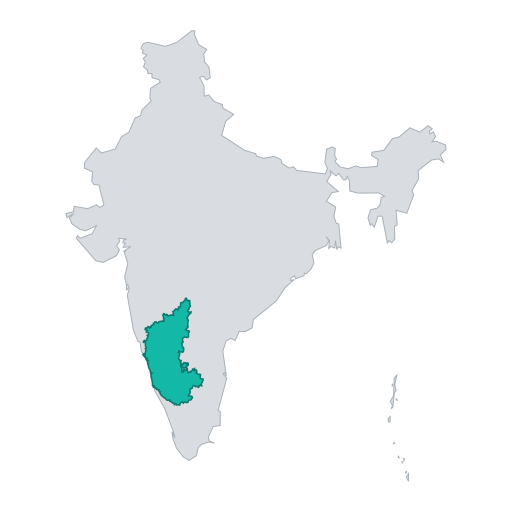 Karnataka on a map of India (Natural Earth projection)
{"feature_id": "IND-2446", "entity_name": "Karnataka", "entity_type": "State", "adm_level": 1, "iso_a3": "IND", "parent_name": "India", "parent_adm1": "", "projection": "natural_earth1", "projection_center": [76.378, 15.043], "detail": "fine", "context": "in_parent", "style": "filled", "palette": "teal", "viewbox_px": 512, "rotation_deg": 0, "n_neighbors": 0, "source": "natural_earth", "source_scale": "10m", "svg_char_len": 9697}
<svg xmlns="http://www.w3.org/2000/svg" viewBox="0 0 512 512"><path d="M66.0,213.5L73.4,211.8L74.2,206.3L87.6,208.7L96.6,204.8L99.6,207.5L103.9,205.0L98.9,185.1L93.9,184.5L91.8,181.3L92.6,171.9L84.3,168.2L84.8,162.2L96.2,148.0L101.3,153.0L115.3,149.0L121.5,136.6L128.8,132.3L135.1,118.0L140.7,115.5L141.8,110.2L151.3,100.8L149.9,98.4L150.4,88.4L160.3,82.2L159.1,79.7L152.1,77.8L151.9,73.7L147.9,73.5L147.3,70.0L143.5,66.9L145.4,61.9L143.2,58.6L146.7,55.0L142.3,53.0L143.2,50.5L140.9,48.2L143.1,43.9L147.4,42.2L165.3,46.3L176.6,42.6L191.8,30.7L194.9,31.0L194.5,34.6L198.6,44.7L206.8,49.4L203.7,54.0L204.7,62.0L209.0,67.2L210.2,77.7L206.4,80.0L203.5,76.2L199.6,77.4L204.0,86.2L204.2,96.2L208.9,95.0L213.9,101.4L222.4,104.6L222.9,108.1L233.6,114.4L225.8,121.2L221.6,135.4L244.9,150.5L255.7,153.6L256.4,156.0L263.7,158.3L274.1,156.4L280.9,159.5L282.0,163.5L289.3,168.1L293.5,166.7L296.6,170.4L325.3,173.9L327.4,168.5L324.9,162.0L326.6,149.2L332.2,147.0L335.2,148.3L334.7,156.0L336.6,159.2L334.7,161.4L340.2,167.0L348.2,168.8L355.7,165.9L360.9,167.7L377.3,166.4L378.1,159.6L371.6,155.4L372.0,152.2L383.8,150.3L392.5,138.5L399.1,137.0L409.8,127.8L419.9,132.1L428.0,125.7L432.3,128.8L429.4,131.4L429.7,133.9L433.5,131.9L435.6,136.4L432.0,142.0L436.1,141.2L445.6,145.0L446.0,149.4L440.3,154.9L443.6,162.3L438.6,158.9L431.6,160.0L418.2,170.5L418.6,179.2L411.9,190.5L413.7,194.8L406.8,213.2L396.1,210.3L397.1,224.9L394.5,226.5L394.8,239.0L391.7,242.8L389.1,240.6L387.3,243.0L382.2,216.2L378.0,216.2L374.3,227.3L371.7,223.8L370.2,225.3L368.0,217.8L370.4,209.8L377.1,208.2L379.9,204.9L381.3,197.4L384.4,196.4L378.8,192.9L357.8,193.1L349.8,191.0L349.4,180.8L347.3,176.5L345.8,179.8L343.4,179.8L338.7,173.4L336.2,175.9L330.1,171.0L331.1,174.1L326.7,181.6L338.3,191.5L331.8,192.6L326.4,201.4L335.7,207.0L333.9,216.4L336.1,223.0L338.8,224.0L341.0,248.1L338.4,246.7L336.9,249.2L335.4,240.7L334.8,248.0L330.8,246.5L328.7,248.4L329.5,240.5L326.1,236.8L329.0,240.8L326.4,245.4L315.3,250.5L312.2,254.6L313.9,263.1L311.0,269.1L306.1,273.9L304.4,273.2L304.0,275.7L295.6,278.8L294.6,275.8L291.2,277.8L290.4,280.4L293.8,279.9L285.1,287.7L276.4,300.8L253.4,319.5L252.1,327.9L245.5,331.5L239.2,331.4L235.1,340.5L230.7,338.3L226.0,341.2L222.8,351.2L226.3,376.0L224.3,372.5L223.1,374.1L226.8,378.0L218.2,410.0L220.3,411.8L220.2,425.5L213.2,426.5L208.2,437.3L209.3,440.9L214.6,443.1L208.7,441.9L201.3,444.5L198.2,447.8L196.4,455.7L189.1,460.5L183.1,456.8L176.2,447.6L173.1,439.1L172.0,431.6L174.9,437.8L173.4,431.7L165.0,409.2L154.6,390.4L147.2,360.2L141.4,351.2L139.9,342.0L137.8,341.2L133.3,329.5L127.3,295.3L129.1,289.4L128.7,287.3L126.8,290.1L126.4,288.5L126.5,285.0L128.9,285.4L126.2,284.0L124.7,276.7L127.8,263.5L124.3,252.5L125.7,251.0L124.1,251.1L130.7,246.6L123.2,247.4L125.3,243.1L123.0,243.0L123.4,240.2L126.8,239.0L118.5,238.4L119.7,241.3L116.6,245.4L119.4,250.0L116.2,255.9L103.1,262.4L96.0,260.9L76.2,238.1L77.3,235.8L80.3,238.2L92.2,233.7L96.4,225.6L85.5,230.8L79.8,229.3L72.1,224.0L69.3,218.0L74.0,213.6L66.9,217.6L66.0,213.5ZM392.9,406.5L390.3,401.2L393.6,395.7L394.2,378.0L396.9,375.1L394.7,384.5L396.2,390.8L394.5,392.4L392.9,406.5ZM408.5,473.7L408.6,481.3L406.3,477.1L408.5,473.7ZM390.1,421.8L388.4,422.0L388.1,418.8L390.2,416.5L390.1,421.8ZM402.3,461.5L402.2,463.7L401.8,461.6L402.3,461.5ZM404.4,458.4L403.7,461.4L403.9,458.2L404.4,458.4ZM406.7,470.9L406.0,473.3L405.4,472.4L406.7,470.9ZM394.5,443.4L393.3,443.6L393.9,442.3L394.5,443.4ZM392.4,407.6L391.2,408.8L391.8,406.9L392.4,407.6ZM396.7,398.7L397.3,400.8L395.9,399.2L396.7,398.7ZM399.2,457.8L398.1,457.5L398.5,456.3L399.2,457.8ZM392.6,384.4L392.1,386.8L392.3,384.2L392.6,384.4Z" fill="#d9dde1" stroke="#a8b0b8" stroke-width="1"/><path d="M153.4,387.3L153.4,386.8L153.0,386.2L153.5,386.4L154.6,385.5L153.4,385.9L152.9,385.8L152.3,382.8L152.5,382.3L152.2,381.8L151.6,378.4L151.2,377.7L151.1,376.3L151.3,377.1L151.5,377.2L151.1,375.4L150.9,373.7L151.1,373.8L151.1,373.5L151.5,373.6L151.8,373.4L151.5,373.4L151.2,372.9L151.4,372.8L151.2,372.5L150.8,373.3L150.2,370.6L149.8,369.5L148.6,367.5L148.3,365.1L147.8,364.2L147.8,363.9L148.8,364.1L147.8,363.5L147.6,363.3L147.6,362.6L146.7,359.7L147.2,360.7L147.5,360.8L147.4,360.5L147.8,360.5L147.0,359.7L146.8,359.5L146.8,359.1L146.6,359.2L146.6,359.8L146.1,359.7L146.0,358.8L146.6,358.4L145.7,358.4L145.4,356.7L145.0,356.4L144.7,356.8L144.4,356.3L144.1,356.3L143.5,355.8L143.3,355.3L143.5,355.4L143.8,354.9L144.2,355.1L144.6,354.5L145.2,354.5L145.2,354.3L144.8,353.9L143.9,354.6L143.6,354.7L143.3,354.1L144.1,353.5L144.7,353.5L145.3,353.0L145.6,351.8L145.6,350.6L146.0,349.4L145.3,348.5L145.9,348.2L146.1,347.8L146.1,347.1L145.5,346.3L145.5,345.6L145.3,345.2L145.5,344.2L145.3,342.7L144.4,342.1L144.0,342.4L143.4,342.3L143.3,341.9L143.9,340.9L144.7,340.3L145.0,340.4L145.1,341.0L145.9,340.9L146.5,340.4L147.1,339.3L146.8,338.8L147.7,337.1L147.9,336.4L147.8,336.0L147.2,335.6L147.5,335.2L148.3,335.1L148.4,334.7L148.5,333.3L148.3,332.9L147.0,332.1L146.4,332.3L146.2,330.8L146.9,330.4L146.4,330.0L146.3,329.5L145.9,329.5L145.7,328.9L145.2,329.1L145.4,328.2L146.0,328.4L146.3,327.9L146.8,328.2L147.6,327.4L147.9,326.6L149.1,326.9L149.5,328.1L150.4,327.4L151.0,327.2L151.1,326.9L150.7,326.5L151.1,326.2L151.3,325.5L151.7,325.4L152.8,324.7L153.6,324.8L153.7,324.5L153.4,323.2L154.4,322.8L155.0,321.8L155.5,321.9L156.1,321.8L157.0,322.9L157.7,323.1L158.7,322.6L158.7,321.9L158.9,321.7L159.8,321.6L160.4,321.3L161.1,321.3L161.7,321.6L162.4,321.3L162.8,320.8L163.5,321.4L163.8,321.4L164.0,320.9L163.8,320.2L164.1,319.6L163.5,318.6L163.7,317.2L163.6,316.8L163.2,316.5L162.8,314.9L163.8,313.6L164.3,313.7L164.5,314.4L165.3,314.5L165.7,315.1L165.9,315.2L166.5,314.5L167.1,314.5L167.4,315.5L167.9,315.9L168.9,315.5L169.3,315.6L170.3,315.1L170.9,315.2L171.6,314.9L172.3,315.4L173.5,315.4L173.8,315.1L173.0,313.6L173.3,313.0L173.3,312.1L172.9,311.5L174.0,311.1L174.4,310.4L174.9,310.1L175.0,309.6L175.4,309.4L175.7,308.9L176.7,309.0L177.8,310.0L178.2,308.6L178.8,308.1L178.6,307.0L179.9,307.2L180.2,306.9L180.5,306.1L180.7,302.9L181.4,302.6L183.1,302.4L183.6,301.4L185.1,300.3L185.1,299.1L185.6,298.3L186.2,298.2L186.6,298.7L186.7,299.9L187.7,300.4L187.9,301.0L188.2,301.0L188.8,300.4L189.8,300.8L189.6,301.7L190.0,303.6L189.5,304.0L190.1,304.8L190.4,306.0L190.3,306.5L188.9,307.8L188.7,308.2L189.1,308.9L189.1,309.2L188.2,309.9L187.5,311.2L187.7,311.4L188.6,312.0L189.8,312.0L190.0,312.5L191.0,312.0L190.8,313.2L190.0,313.4L189.7,314.1L189.1,314.3L188.7,315.2L187.1,317.6L187.0,318.4L187.7,318.8L188.3,320.6L187.9,321.7L187.9,324.0L187.5,325.1L187.6,325.4L188.0,325.9L187.6,326.6L188.0,326.7L187.8,327.5L187.3,327.8L187.0,328.5L185.5,329.7L186.0,330.3L187.3,330.7L188.7,330.8L189.2,331.0L189.4,331.7L188.6,332.6L188.5,334.1L188.5,336.7L188.0,337.4L186.2,337.4L185.1,337.1L184.3,337.2L183.1,337.9L182.5,338.7L182.5,340.4L183.2,341.9L183.1,342.1L182.6,342.0L182.2,342.3L182.1,342.7L182.2,344.3L182.1,344.5L181.7,344.2L181.7,344.4L182.3,345.8L182.4,346.8L183.5,347.5L183.8,350.1L183.3,351.6L182.6,352.3L182.0,351.8L181.4,352.0L180.3,351.7L179.0,350.9L178.7,351.3L178.7,352.1L178.4,352.6L179.6,353.1L179.7,353.6L179.4,355.6L178.9,356.0L179.0,356.7L178.7,357.5L178.6,358.4L178.9,359.2L179.3,359.5L179.8,360.5L180.9,360.4L181.2,360.7L180.9,361.6L180.4,361.6L180.2,362.0L180.4,362.7L181.1,363.2L180.9,364.0L183.1,364.3L183.2,363.5L183.9,362.6L184.6,362.9L185.5,362.8L185.7,363.3L186.5,363.6L187.0,364.3L187.3,364.0L186.9,363.1L187.1,362.8L187.5,362.9L187.7,363.3L188.3,363.5L188.2,364.2L188.3,365.1L187.1,365.4L186.5,366.1L186.9,366.3L186.5,367.2L186.9,368.1L187.3,368.5L187.3,369.0L187.5,369.5L187.3,369.7L186.6,369.4L186.5,368.9L186.0,367.8L185.4,367.6L183.6,367.9L183.2,367.5L182.1,366.9L181.7,365.3L181.0,365.0L180.5,365.4L180.4,365.8L181.3,366.9L181.3,367.8L182.3,369.3L181.5,370.8L181.7,371.8L181.9,371.9L182.0,371.4L182.7,372.0L183.0,371.6L183.8,371.6L183.8,370.6L183.5,370.2L183.8,370.0L184.0,369.4L184.2,369.9L184.7,369.7L185.1,370.0L185.6,370.1L186.0,370.4L187.3,370.4L187.8,371.2L188.0,372.6L188.7,372.6L189.5,372.1L190.0,372.1L190.2,371.5L190.7,371.4L191.1,371.7L191.4,371.0L191.9,370.7L192.7,370.0L192.4,369.3L192.6,369.0L193.4,369.0L193.9,369.3L194.6,368.6L194.7,369.3L194.3,369.9L194.4,370.6L195.0,370.0L195.5,370.1L195.9,369.8L196.5,370.2L196.7,370.6L196.8,371.2L196.6,371.8L196.9,372.7L196.3,372.7L196.4,373.3L197.2,373.3L198.0,374.2L198.6,374.4L199.1,374.5L199.6,374.2L200.5,374.5L200.2,377.7L200.6,378.6L201.6,378.7L202.4,379.3L202.9,378.9L203.0,379.0L203.0,380.3L202.5,381.5L202.3,382.4L201.8,382.9L201.0,384.6L201.5,385.0L201.8,385.7L201.4,385.7L200.6,385.0L200.1,385.0L200.0,385.7L199.9,385.8L199.3,386.1L198.8,385.9L198.8,386.9L198.6,387.4L197.7,387.1L196.1,386.0L195.3,386.7L194.2,385.6L193.4,385.6L192.9,385.9L192.3,387.5L192.4,388.0L191.4,388.7L190.3,388.7L189.7,390.5L189.9,391.0L189.9,391.5L190.3,391.5L190.2,392.9L189.6,393.9L188.4,395.2L188.6,396.0L191.1,396.1L192.0,396.5L192.4,397.4L192.4,397.7L191.1,399.7L190.7,400.0L189.1,400.2L188.7,400.4L188.0,402.2L187.6,402.5L186.7,402.6L185.6,402.1L185.1,402.3L183.9,402.4L183.4,403.2L182.3,402.0L181.0,402.3L180.1,403.9L179.7,405.1L178.8,404.8L176.3,405.0L176.1,404.8L176.0,404.0L175.5,403.6L174.8,403.8L174.3,404.5L173.9,403.2L172.9,403.2L172.2,402.3L171.6,402.3L171.0,401.4L170.2,401.5L169.9,401.3L169.9,400.0L169.7,399.8L168.2,400.4L166.5,399.9L165.7,399.1L165.5,398.2L164.7,398.0L164.2,397.7L163.8,397.7L163.5,397.1L162.5,396.6L161.1,394.7L160.6,394.7L160.3,393.6L159.9,392.9L159.9,392.6L160.3,391.9L159.5,391.9L158.7,390.9L158.7,390.6L159.0,389.9L158.4,389.7L157.8,389.9L157.4,389.4L156.8,389.4L156.7,389.0L156.7,388.6L156.2,388.3L155.5,388.5L155.4,388.1L154.8,387.8L154.6,387.1L153.4,387.3Z" fill="#14b8a6" stroke="#0f766e" stroke-width="1.5"/></svg>